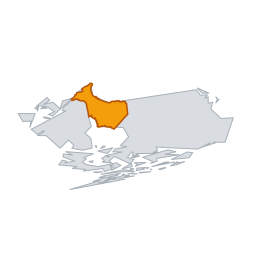 location of Ontario within Canada, rotated 170°
{"feature_id": "CAN-682", "entity_name": "Ontario", "entity_type": "Province", "adm_level": 1, "iso_a3": "CAN", "parent_name": "Canada", "parent_adm1": "", "projection": "equal_earth", "projection_center": [-83.246, 49.265], "detail": "fine", "context": "in_parent", "style": "filled", "palette": "amber", "viewbox_px": 256, "rotation_deg": 170, "n_neighbors": 0, "source": "natural_earth", "source_scale": "10m", "svg_char_len": 8040}
<svg xmlns="http://www.w3.org/2000/svg" viewBox="0 0 256 256"><g transform="rotate(170 128 128)"><path d="M43.1,132.3L34.6,121.2L22.5,119.8L34.9,97.1L45.8,99.1L44.9,98.2L59.3,96.1L51.8,97.9L49.8,98.8L50.2,99.0L62.9,95.1L103.5,104.3L102.8,101.0L107.9,99.3L102.4,99.3L107.1,98.6L125.0,101.5L122.7,99.8L125.4,99.5L128.4,100.1L127.1,102.8L128.3,103.8L133.8,99.3L127.7,95.9L132.2,92.4L146.5,102.5L151.9,98.9L150.6,96.7L159.5,99.0L156.8,99.6L159.1,102.7L154.9,104.4L152.5,103.0L151.9,102.8L151.3,103.1L153.9,104.7L137.6,105.4L147.0,107.2L144.6,109.6L132.2,109.7L138.6,111.9L128.9,119.2L132.6,129.3L157.4,134.7L158.8,143.4L165.1,148.0L163.9,135.9L171.3,130.5L166.4,124.3L166.8,114.5L176.7,114.0L186.7,117.8L184.3,120.5L188.7,126.4L198.4,119.9L210.0,134.7L218.0,136.2L211.2,139.0L211.6,140.2L218.2,137.4L223.6,143.5L186.5,155.5L189.8,156.6L186.3,161.0L183.9,161.7L178.6,165.2L172.3,171.7L156.8,178.5L157.1,165.8L142.2,156.0L53.9,153.8L51.0,147.7L44.1,146.8L47.4,143.9L43.7,144.8L44.7,138.4L40.1,138.8L43.1,132.3ZM148.4,94.3L152.1,94.2L150.9,90.3L158.6,89.2L160.0,92.5L179.0,93.3L177.1,94.6L190.0,97.9L184.6,98.8L202.5,103.7L198.3,107.8L194.1,105.8L195.9,104.5L186.6,104.8L197.1,110.8L196.0,113.6L187.1,110.8L193.6,115.6L166.4,108.6L176.4,106.5L174.4,104.8L178.9,102.3L175.1,99.1L163.9,95.1L145.7,95.8L141.5,92.4L151.8,89.1L148.4,90.9L151.7,93.6L148.4,94.3ZM139.5,78.1L196.2,77.5L164.2,81.0L172.1,81.5L157.6,83.4L165.5,84.1L160.1,85.1L143.0,84.6L148.4,83.6L146.1,82.7L152.9,83.3L154.6,83.2L156.5,82.4L148.5,81.4L155.2,81.4L158.1,81.1L149.2,79.6L160.5,80.4L155.8,79.5L167.3,78.9L163.8,78.8L167.2,78.3L139.5,78.1ZM82.4,92.8L105.1,93.1L105.1,90.2L108.6,90.1L118.5,96.7L92.5,99.6L84.8,96.2L96.5,95.7L82.4,92.8ZM197.5,166.4L191.4,158.7L187.7,166.1L177.7,167.0L200.3,152.8L203.8,155.2L197.7,156.9L203.9,162.8L213.4,166.0L202.4,172.1L200.4,168.7L207.3,165.8L197.5,166.4ZM73.0,88.1L90.9,89.5L74.0,94.1L68.6,92.4L73.0,88.1ZM129.8,79.7L147.0,79.5L151.9,80.8L139.6,82.2L134.5,81.1L140.0,80.6L129.8,79.7ZM128.8,84.2L144.2,86.2L162.9,87.1L138.9,87.6L128.8,84.2ZM87.7,86.5L111.7,85.8L97.2,87.9L93.7,87.5L100.6,86.6L87.7,86.5ZM224.6,145.6L222.2,151.7L230.5,152.6L233.5,161.3L217.0,158.2L224.6,145.6ZM116.0,90.9L127.6,89.0L124.7,90.5L128.1,92.7L116.0,90.9ZM146.6,111.1L152.6,106.5L161.9,110.6L146.6,111.1ZM130.5,89.2L141.1,88.9L131.0,92.3L130.5,89.2ZM92.9,83.3L89.0,84.9L77.9,85.1L86.1,83.4L92.9,83.3ZM127.2,84.6L126.2,86.9L116.9,86.0L120.6,85.7L119.2,84.7L127.2,84.6ZM112.8,81.0L123.3,81.5L125.1,82.4L112.8,81.0ZM42.1,148.2L48.9,149.4L53.0,155.5L42.1,148.2ZM160.1,89.2L167.4,89.6L169.7,90.7L160.1,89.2ZM121.1,98.4L128.0,97.7L130.0,98.8L121.1,98.4ZM132.5,85.9L132.9,87.6L129.0,86.9L132.5,85.9ZM128.3,81.4L132.9,82.3L126.5,81.4L128.3,81.4ZM169.1,100.1L172.5,101.9L168.1,101.7L169.1,100.1ZM99.5,82.4L104.7,82.4L97.5,82.7L99.5,82.4ZM112.6,89.4L109.3,89.9L107.8,89.5L112.6,89.4ZM214.1,160.2L214.0,164.5L214.9,162.6L216.3,163.7L214.2,165.0L212.2,164.6L214.1,160.2ZM102.6,81.5L105.3,81.9L97.8,82.0L102.6,81.5ZM209.8,153.4L206.6,153.0L202.7,150.8L206.9,151.4L209.8,153.4ZM158.1,112.8L155.8,114.7L153.8,114.1L155.0,112.9L158.1,112.8ZM33.8,140.0L37.3,137.5L35.5,140.2L33.8,140.0ZM130.2,82.9L135.4,82.7L136.3,82.9L130.2,82.9ZM117.3,84.9L116.0,85.7L114.0,85.2L117.3,84.9ZM204.1,161.3L206.0,161.7L210.4,162.2L208.5,163.7L204.1,161.3ZM162.6,114.3L163.4,116.2L162.0,115.7L162.6,114.3ZM88.4,85.2L85.5,86.1L84.4,86.0L88.4,85.2ZM142.0,83.0L140.3,83.4L140.0,83.0L142.0,83.0ZM112.8,82.9L112.8,83.6L111.4,82.8L112.8,82.9ZM34.1,140.6L35.2,141.4L36.3,143.6L34.1,140.6Z" fill="#d9dde1" stroke="#a8b0b8" stroke-width="1"/><path d="M139.5,157.0L138.9,156.9L138.7,156.9L138.2,157.0L138.0,156.9L137.8,156.6L137.7,156.6L136.8,156.7L136.7,156.6L136.1,156.7L135.9,156.4L135.8,156.2L135.6,156.2L135.2,156.4L134.7,156.7L134.5,156.8L134.3,156.8L134.2,156.8L133.9,156.8L133.9,156.7L133.6,156.6L133.5,156.4L133.3,156.3L132.9,156.2L132.8,155.9L132.7,155.8L132.2,155.9L132.1,156.1L131.9,156.2L131.7,155.9L131.7,155.7L131.2,155.5L131.1,155.4L131.3,155.3L131.3,155.2L130.7,155.1L129.7,154.9L129.2,155.0L128.4,155.3L128.3,155.2L128.3,154.9L128.2,154.9L127.3,154.8L127.2,154.8L127.2,154.7L126.5,154.7L126.4,154.6L126.1,154.4L126.1,154.0L125.9,153.1L125.9,152.7L125.7,152.6L125.2,152.5L125.9,141.6L129.9,138.7L132.6,136.5L135.7,134.0L139.8,130.9L141.7,129.5L141.9,129.4L141.9,129.5L142.0,129.5L142.3,129.7L142.4,129.9L142.7,130.0L143.0,130.2L143.2,130.4L143.8,130.6L144.0,130.7L144.1,130.8L144.3,131.0L144.6,131.4L144.6,131.5L144.8,131.7L144.9,131.8L145.1,131.8L145.4,131.9L145.5,132.0L145.4,132.1L145.5,132.1L146.2,132.2L146.3,132.2L146.6,132.2L146.7,132.3L147.0,132.3L147.3,132.5L147.8,132.7L148.0,132.8L148.9,133.0L149.2,133.1L149.4,133.1L149.7,133.3L150.0,133.6L150.4,133.8L150.8,133.9L150.8,134.0L150.6,134.1L150.4,134.3L150.3,134.5L150.1,134.6L150.0,134.9L150.3,134.6L150.6,134.2L150.9,134.0L151.2,134.0L152.0,134.2L152.5,134.1L152.9,134.0L153.3,134.1L153.6,134.0L154.0,134.1L154.1,134.3L154.2,134.2L154.3,134.2L154.5,134.4L154.5,134.5L154.5,134.4L154.5,134.2L154.3,134.2L154.2,134.1L154.5,134.1L155.3,134.3L155.8,134.2L156.1,134.3L156.0,134.6L156.2,134.4L156.5,134.5L156.7,134.4L156.9,134.5L157.0,134.5L157.0,134.4L157.3,134.6L157.5,134.7L157.4,134.4L157.7,134.6L157.6,134.8L157.7,135.0L157.7,135.3L157.8,135.3L157.6,136.2L157.4,136.5L157.3,136.8L157.2,136.8L157.3,137.0L157.3,137.3L157.4,137.5L157.5,137.6L158.0,138.5L157.8,138.9L157.8,139.1L157.8,139.4L158.0,139.7L158.1,140.1L157.7,140.3L157.6,140.7L157.6,140.9L157.7,141.0L157.8,141.2L158.1,141.3L158.3,141.5L158.5,141.8L158.6,142.0L158.8,142.1L159.2,142.5L159.5,142.7L159.5,142.8L159.4,142.8L159.5,143.0L159.4,143.1L159.0,143.3L158.9,143.3L158.7,143.4L158.8,143.3L158.7,143.5L158.8,143.5L159.0,143.4L159.6,143.4L159.9,143.7L160.0,143.8L160.5,144.0L160.6,143.9L160.7,144.0L160.9,144.1L161.1,144.4L161.3,144.5L161.6,144.7L161.9,145.0L162.1,145.6L162.3,145.8L162.3,146.1L161.8,146.3L161.6,146.5L161.3,146.8L161.1,147.0L160.9,147.1L161.1,147.1L161.3,146.9L161.5,146.8L161.7,146.7L161.9,146.6L162.0,146.4L162.4,146.2L162.9,146.3L163.1,146.3L163.4,146.5L163.6,146.6L164.0,146.9L164.2,147.1L164.5,147.3L164.9,157.6L164.9,158.3L164.8,158.7L164.7,158.8L164.8,159.0L165.1,159.4L165.1,159.5L165.1,159.8L165.1,160.0L165.3,160.2L165.5,160.5L165.9,160.9L166.0,161.3L166.3,161.5L166.4,161.8L166.6,162.0L167.0,162.3L167.0,162.5L167.8,162.6L168.0,162.6L168.3,162.7L168.6,162.7L168.8,162.8L169.1,162.8L169.8,163.0L170.3,163.2L170.6,163.4L170.8,163.6L170.8,163.8L171.0,164.0L171.6,164.3L171.8,164.3L171.8,164.1L172.0,164.0L172.2,164.4L172.2,164.5L172.3,164.6L172.4,164.8L172.5,165.0L173.1,165.2L173.3,165.4L173.5,165.4L173.6,165.2L173.9,165.2L174.1,165.3L174.3,165.4L174.6,165.6L174.9,165.6L175.1,165.4L175.3,165.4L175.9,165.2L176.1,165.0L176.7,165.0L177.0,164.8L177.4,164.9L177.7,164.8L178.0,164.9L178.2,165.0L178.4,165.1L178.2,165.9L178.6,166.3L178.3,166.4L178.2,166.6L177.8,166.9L177.7,167.0L177.2,167.0L176.8,167.2L176.6,167.3L176.2,167.5L175.1,168.4L174.8,168.8L174.7,169.0L174.2,169.2L174.0,169.4L173.9,169.5L174.0,169.6L173.9,169.6L173.5,169.8L173.2,170.1L172.4,171.6L167.4,171.7L167.2,171.7L166.1,172.3L166.4,172.9L166.4,173.3L166.4,173.5L166.5,173.7L166.5,173.8L166.6,174.0L166.8,174.1L166.8,174.3L166.7,174.4L166.5,174.6L163.3,176.1L160.6,176.6L157.5,178.5L156.8,178.5L156.7,178.5L155.8,177.9L155.6,177.6L155.5,177.4L155.5,177.2L155.6,176.5L155.7,176.3L155.8,176.2L156.1,176.1L156.4,176.0L156.9,175.4L157.1,175.4L157.2,175.2L157.3,174.9L157.4,174.6L157.3,174.4L157.4,174.2L157.5,173.9L157.5,173.7L158.2,171.9L157.1,165.9L157.0,165.7L154.7,164.4L154.3,164.4L154.5,164.1L154.7,163.6L154.5,163.3L154.3,163.2L153.9,163.3L153.7,163.2L153.7,163.3L153.4,163.4L153.3,163.2L153.1,162.9L153.0,162.6L153.0,162.3L152.9,162.2L153.0,161.9L152.8,161.8L152.5,161.9L152.4,161.9L152.2,161.9L152.1,162.1L151.9,162.1L151.3,161.5L151.1,160.7L146.8,158.3L142.2,156.0L141.5,156.1L139.7,157.0L139.5,157.0ZM164.6,147.4L164.2,147.1L164.1,146.8L164.0,146.6L164.2,146.3L164.1,146.1L164.3,145.9L164.6,145.8L164.6,147.4Z" fill="#f59e0b" stroke="#b45309" stroke-width="1.5"/></g></svg>